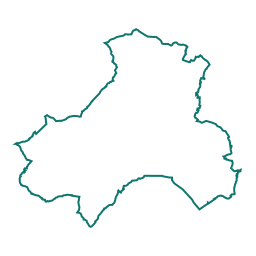 Sisesti, Mehedinti, Romania (orthographic projection)
{"feature_id": "2599482B79663087212120", "entity_name": "Sisesti", "entity_type": "district", "adm_level": 2, "iso_a3": "ROU", "parent_name": "Romania", "parent_adm1": "Mehedinti", "projection": "orthographic", "projection_center": [22.83, 44.774], "detail": "fine", "context": "isolated", "style": "outline", "palette": "teal", "viewbox_px": 256, "rotation_deg": 0, "n_neighbors": 0, "source": "geoboundaries", "source_scale": "gbopen_adm2", "svg_char_len": 5785}
<svg xmlns="http://www.w3.org/2000/svg" viewBox="0 0 256 256"><path d="M226.7,198.4L228.7,198.6L231.2,196.7L230.5,195.7L231.5,194.5L232.0,194.3L234.1,194.3L234.7,193.9L234.6,193.0L234.4,192.6L234.2,190.5L234.2,187.8L234.7,186.4L234.9,185.0L235.7,183.3L235.8,181.9L236.6,180.8L236.7,179.7L236.6,177.8L237.2,177.2L237.3,176.6L236.4,176.0L236.4,175.4L237.1,175.4L237.5,174.8L236.9,174.0L238.1,172.7L237.8,171.9L240.4,171.3L240.6,169.9L239.8,170.4L237.9,170.6L237.6,170.3L234.8,171.3L233.8,170.9L231.1,168.2L232.4,164.8L232.7,162.9L232.4,161.8L232.0,161.4L232.0,160.8L230.1,160.6L227.5,159.7L226.4,159.6L226.1,158.6L224.8,158.8L224.4,158.6L224.8,157.9L223.6,156.5L225.0,156.2L227.0,154.9L230.3,154.1L231.5,153.1L230.6,149.5L230.7,148.7L230.5,146.9L230.8,146.8L231.0,147.7L231.6,146.5L231.5,145.8L230.3,146.0L229.9,143.0L230.0,142.7L229.5,140.6L228.8,140.0L228.0,137.8L229.1,136.9L225.9,131.9L225.8,131.4L223.0,130.6L222.0,129.4L221.3,128.3L220.2,127.3L217.3,126.1L215.8,124.1L211.4,122.4L206.0,120.9L202.6,122.6L201.5,122.7L199.5,121.5L196.8,121.1L197.8,119.7L195.9,118.0L195.3,117.8L194.6,116.3L195.1,115.3L195.0,114.5L196.1,112.7L197.4,112.8L198.0,111.7L198.6,110.1L197.9,109.8L197.2,109.9L197.5,108.5L199.7,107.9L200.4,105.8L199.3,105.2L199.7,102.7L199.6,99.3L199.8,97.3L199.2,97.2L197.8,97.9L197.4,97.7L197.8,96.7L197.7,96.2L197.8,95.3L197.5,94.9L196.8,94.9L196.1,95.2L196.1,93.0L196.9,92.5L197.1,92.8L197.6,92.8L198.0,92.2L198.5,90.8L198.3,90.4L198.5,89.3L200.0,87.1L200.4,85.0L199.8,84.2L199.8,83.7L200.0,83.0L200.7,83.0L200.8,82.3L200.3,82.3L200.5,81.4L200.1,80.8L201.2,78.1L204.4,79.0L204.5,78.6L203.3,77.1L204.2,72.2L205.7,69.3L206.8,68.6L207.3,67.3L209.2,65.2L209.6,64.7L207.8,61.8L206.1,60.3L205.0,59.8L203.2,58.3L201.5,56.2L201.0,56.0L200.4,55.3L199.8,55.7L200.1,56.0L198.6,57.0L197.2,56.7L196.0,57.2L195.7,57.0L195.4,58.5L193.9,60.7L192.7,60.8L191.1,60.0L190.9,60.7L190.5,60.8L189.9,62.2L188.4,61.9L183.1,60.1L182.8,59.6L182.9,58.9L184.3,56.1L185.8,54.3L185.4,54.0L185.8,53.2L185.5,52.6L185.8,51.8L185.3,51.0L186.1,50.2L186.2,49.9L185.9,49.4L187.3,47.0L186.5,46.7L186.5,45.8L183.2,44.6L181.4,44.9L178.5,44.4L177.7,43.8L176.8,42.7L176.1,42.4L175.1,42.5L173.3,43.2L172.7,43.9L172.2,45.0L171.7,45.4L170.9,45.5L168.1,44.0L163.1,43.9L162.0,43.4L161.3,41.3L159.9,39.7L156.1,36.9L153.9,37.0L147.5,36.5L139.2,31.4L138.0,30.2L136.0,29.2L135.0,30.0L133.3,30.6L132.6,31.6L131.4,34.3L128.8,34.5L125.1,34.2L124.1,35.3L123.0,35.7L116.9,37.0L114.0,38.6L111.0,39.5L110.0,40.0L108.4,42.0L104.8,43.0L107.8,45.2L108.5,46.6L109.2,46.9L110.3,48.8L110.4,49.7L111.5,51.8L111.1,53.0L111.2,53.9L113.4,56.4L113.4,58.6L113.1,60.0L112.3,61.2L112.6,62.0L113.3,62.1L113.7,62.6L113.9,63.3L115.7,64.4L116.3,65.2L116.3,66.3L117.0,67.2L115.0,70.3L116.3,73.3L115.2,74.2L114.2,76.6L112.9,77.5L112.7,79.8L113.4,80.8L111.4,81.4L111.0,82.0L109.9,82.0L109.0,83.2L108.2,83.2L107.5,83.6L106.6,85.4L105.5,86.6L105.9,86.8L105.7,87.0L102.0,89.5L100.1,92.0L100.1,92.5L98.8,94.1L92.3,100.9L92.4,101.2L90.9,102.6L90.2,104.0L88.8,105.7L87.2,106.9L87.4,107.5L87.2,107.9L84.3,109.8L83.6,110.9L82.0,111.4L82.1,112.1L81.9,113.1L81.4,114.0L80.8,116.5L79.3,116.7L78.0,116.2L74.2,115.9L71.6,116.3L69.6,116.7L67.5,117.7L66.0,119.2L62.6,120.5L61.9,120.5L61.1,121.0L59.3,120.7L58.3,121.0L56.0,121.1L54.1,118.9L52.7,117.8L50.9,117.5L49.1,116.6L47.1,115.2L45.0,116.5L45.3,117.1L45.9,119.6L45.9,122.0L46.2,122.6L46.4,124.0L36.2,133.8L36.1,133.5L35.8,133.4L35.2,132.8L35.0,131.9L33.9,132.7L33.4,133.3L33.2,134.6L32.7,135.2L32.7,135.8L32.3,136.0L32.4,136.4L29.1,138.7L29.4,139.2L29.3,139.4L27.8,140.4L25.0,141.6L22.7,141.7L18.0,143.4L17.7,143.4L17.4,143.0L16.2,143.3L15.4,143.9L16.1,143.9L16.8,144.6L19.2,145.8L19.9,146.6L20.8,148.8L20.8,149.4L21.4,150.7L22.8,152.3L23.1,153.6L24.4,155.2L25.8,158.1L27.2,160.0L28.4,159.9L31.5,161.2L28.2,164.8L27.8,165.8L26.9,166.7L26.9,168.4L24.7,168.4L24.1,169.6L24.2,170.7L24.8,170.3L25.5,170.6L24.5,171.7L24.6,172.4L24.0,172.7L23.1,172.2L21.7,173.5L21.6,174.1L20.4,175.1L20.3,176.2L20.7,176.6L20.0,177.3L19.6,178.6L19.8,179.4L19.7,180.8L20.2,183.2L20.8,184.2L21.7,184.9L21.6,185.2L22.5,185.7L25.0,186.2L27.1,187.1L27.5,187.6L28.7,190.5L30.4,191.9L31.4,193.8L32.3,194.1L32.5,193.7L35.1,195.1L38.6,195.7L40.9,197.6L41.6,197.7L41.8,197.9L41.6,198.4L42.0,198.9L42.7,199.0L42.9,199.6L44.9,199.7L45.2,200.6L45.2,200.9L45.6,201.6L46.3,201.6L46.4,201.3L47.6,201.3L47.7,201.1L48.9,201.5L49.8,200.9L51.5,200.8L52.4,200.4L54.4,198.8L55.1,198.6L55.7,197.7L57.2,197.3L58.1,196.6L59.9,196.2L62.3,196.4L62.9,195.7L64.0,195.2L65.7,195.2L67.0,194.7L71.9,195.2L71.8,195.7L79.4,196.8L78.9,199.1L78.9,200.2L78.4,201.5L78.4,202.4L78.8,205.0L79.4,207.0L79.2,208.8L78.9,210.2L77.2,212.5L79.2,212.8L80.7,213.6L81.3,214.8L81.7,216.5L83.6,218.2L83.6,219.5L84.6,219.5L86.6,220.8L87.0,222.4L88.0,223.7L89.3,226.0L90.2,226.7L90.8,226.8L91.9,226.2L94.8,223.1L95.6,222.0L95.2,221.4L97.8,219.0L98.3,216.4L98.7,215.5L100.5,213.7L103.0,210.3L104.2,209.4L104.1,208.6L104.7,208.5L105.5,207.9L106.2,207.8L106.9,206.7L107.9,206.2L109.1,205.1L111.0,204.8L112.2,205.0L113.2,203.7L114.3,202.8L115.2,200.1L115.8,197.3L116.7,195.5L117.2,195.0L118.1,192.5L118.1,191.1L118.4,190.5L120.0,192.0L120.6,192.0L120.7,192.5L120.9,192.6L121.4,191.1L123.9,189.2L123.7,188.3L123.2,188.3L123.8,185.9L125.4,185.9L127.3,185.1L128.2,184.1L128.4,183.5L131.2,182.0L132.0,180.7L136.6,180.3L137.1,180.0L138.5,178.4L139.0,178.3L140.1,178.8L142.8,177.8L143.7,177.2L144.4,175.8L162.4,175.9L162.6,176.2L168.7,177.4L172.0,177.6L172.0,180.1L174.0,183.0L175.2,184.0L182.6,189.3L192.2,199.7L193.7,202.6L199.5,209.4L204.4,205.9L208.1,203.6L208.0,202.6L208.3,202.8L208.7,203.3L209.0,203.1L215.4,198.7L215.4,198.4L215.1,198.3L216.9,197.4L217.3,196.7L217.9,196.3L220.4,195.6L221.2,195.6L223.5,196.4L224.3,197.1L226.7,198.4Z" fill="none" stroke="#0f766e" stroke-width="2"/></svg>